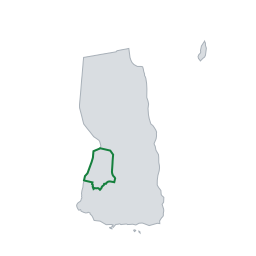 location of Khab wa Ash Sha'f, Al Jawf, Yemen, rotated 283°
{"feature_id": "15242507B11673803403546", "entity_name": "Khab wa Ash Sha'f", "entity_type": "district", "adm_level": 2, "iso_a3": "YEM", "parent_name": "Yemen", "parent_adm1": "Al Jawf", "projection": "mercator", "projection_center": [45.303, 16.593], "detail": "fine", "context": "in_parent", "style": "outline", "palette": "green", "viewbox_px": 256, "rotation_deg": 283, "n_neighbors": 0, "source": "geoboundaries", "source_scale": "gbopen_adm2", "svg_char_len": 5254}
<svg xmlns="http://www.w3.org/2000/svg" viewBox="0 0 256 256"><g transform="rotate(283 128 128)"><path d="M205.7,110.9L197.1,114.1L194.8,115.5L192.7,117.2L191.2,119.4L190.1,123.2L190.9,126.7L190.9,128.5L188.6,129.8L186.6,130.6L184.3,132.0L182.9,132.3L181.7,133.4L180.4,134.2L175.6,136.1L170.4,137.6L162.0,139.4L158.8,141.4L155.9,142.7L151.5,143.1L145.4,145.0L142.0,146.5L137.8,148.9L136.8,149.7L136.1,151.5L134.8,153.0L132.3,155.5L130.4,156.8L129.1,156.9L126.6,157.6L123.7,157.8L118.8,156.9L117.5,157.5L116.5,158.5L112.7,160.2L108.9,163.7L106.1,164.6L101.5,165.7L98.3,167.1L96.2,167.7L93.4,168.0L88.3,167.8L83.5,168.3L79.0,169.3L76.9,171.2L74.5,174.1L70.6,175.3L69.7,176.3L68.5,178.5L66.0,179.0L63.7,179.4L61.3,178.4L56.9,181.0L55.2,181.5L52.7,181.6L50.9,182.1L49.6,181.9L48.0,180.9L44.6,179.7L42.0,180.5L41.8,178.1L37.7,170.6L38.6,164.0L38.6,163.1L37.7,160.2L35.3,157.5L35.3,154.1L34.5,151.7L33.8,149.2L34.1,148.6L34.1,148.0L32.8,144.1L32.4,143.3L32.3,142.5L32.7,141.9L32.7,141.2L32.0,140.0L31.3,137.8L27.9,136.0L28.6,134.3L29.2,134.9L30.1,135.4L30.3,134.3L30.3,133.5L28.9,128.5L31.0,121.8L30.3,115.8L33.5,113.4L34.3,112.6L34.8,112.0L35.5,110.6L36.6,110.2L36.9,108.7L36.9,108.0L36.2,107.4L35.7,105.7L35.9,103.5L36.1,102.6L36.4,101.0L37.5,100.4L37.8,99.9L36.9,98.8L37.0,98.2L38.9,96.5L39.6,96.0L40.9,95.4L41.8,95.4L42.9,95.7L43.9,96.2L44.9,97.1L45.9,98.1L47.4,98.5L48.5,98.4L49.4,98.8L50.1,98.6L50.9,98.1L52.2,98.1L53.4,97.5L56.8,97.2L60.1,97.4L63.5,96.9L66.9,97.0L70.4,97.0L71.1,97.1L71.9,97.4L74.8,98.9L77.0,99.3L81.4,99.7L86.1,100.1L90.2,100.5L93.6,100.1L96.5,99.8L97.3,99.9L98.1,100.9L99.9,103.2L101.5,105.5L104.4,105.6L106.2,104.7L108.2,103.6L109.4,102.6L110.9,99.0L111.8,96.6L113.9,94.0L115.7,91.8L118.0,88.8L119.3,87.2L121.9,84.0L124.3,82.7L129.1,80.3L133.7,77.9L136.7,76.3L139.3,75.6L143.6,75.0L148.7,74.3L153.7,73.6L159.1,72.8L165.1,71.9L169.2,71.4L174.5,70.6L178.9,70.0L182.8,69.4L186.8,68.9L187.5,70.7L188.3,72.5L189.0,74.3L189.8,76.1L190.5,77.9L191.3,79.6L192.0,81.4L192.8,83.2L193.6,85.0L194.3,86.8L195.1,88.6L195.8,90.4L196.6,92.2L197.3,94.0L198.1,95.8L198.8,97.5L199.6,99.3L200.8,99.9L201.5,101.5L202.6,103.9L203.6,106.2L204.6,108.6L205.7,110.9ZM217.2,181.6L218.3,181.8L219.8,181.2L224.4,181.1L229.9,183.1L228.9,183.6L228.3,184.3L225.9,184.9L223.4,186.4L216.4,187.1L214.4,186.7L212.7,185.3L209.6,183.4L210.8,182.2L211.1,181.7L211.5,181.1L213.3,180.2L215.1,180.4L217.2,181.6ZM30.1,158.2L29.9,158.6L29.6,158.5L28.5,157.6L29.7,156.5L30.3,157.5L30.1,158.2ZM26.8,134.7L26.2,135.1L26.1,134.5L26.4,132.9L27.0,132.5L27.3,133.6L27.1,134.2L26.8,134.7ZM29.6,162.9L28.4,163.4L29.2,162.0L30.0,161.8L29.6,162.9Z" fill="#d9dde1" stroke="#a8b0b8" stroke-width="1"/><path d="M102.0,105.5L101.9,105.5L101.7,105.2L101.4,104.8L101.2,104.5L100.9,104.0L100.6,103.7L100.3,103.3L100.1,102.9L99.8,102.6L99.5,102.2L99.3,101.8L99.0,101.4L98.7,101.1L98.5,100.7L98.2,100.3L97.9,100.0L97.7,99.6L97.2,99.6L96.8,99.7L96.4,99.7L96.0,99.8L95.6,99.9L95.2,99.9L94.8,100.0L94.4,100.0L94.0,100.1L93.6,100.1L93.2,100.2L92.8,100.3L92.3,100.3L91.9,100.4L91.5,100.4L91.1,100.5L90.7,100.4L90.2,100.4L89.8,100.4L89.3,100.4L88.9,100.3L88.4,100.3L87.9,100.3L87.5,100.2L87.0,100.2L86.6,100.2L86.1,100.1L85.7,100.1L85.2,100.0L84.7,99.9L84.3,99.9L83.8,99.8L83.4,99.8L82.9,99.7L82.4,99.7L82.0,99.6L81.5,99.5L81.1,99.5L80.6,99.4L80.2,99.4L79.7,99.3L79.2,99.3L78.8,99.2L78.3,99.1L77.8,99.1L77.4,99.0L76.9,99.0L76.5,98.9L76.0,98.9L75.6,98.8L75.1,98.7L74.6,98.7L74.3,98.5L73.9,98.2L73.5,98.0L73.1,97.8L72.7,97.6L72.3,97.4L71.9,97.1L71.5,96.9L71.1,96.9L70.6,96.9L70.2,96.9L69.8,96.9L69.3,96.9L68.9,96.9L68.4,96.9L68.0,96.9L67.6,96.9L67.3,96.9L67.1,96.9L67.0,97.9L67.0,100.5L67.0,102.4L67.0,103.7L67.0,105.6L65.9,105.5L65.6,105.7L65.3,105.7L65.3,105.8L65.2,106.0L65.0,106.3L64.9,106.3L64.7,106.3L64.4,106.5L64.1,106.6L63.9,106.7L63.7,106.7L63.4,106.8L63.2,106.9L63.0,107.0L62.9,107.1L62.7,107.2L62.5,107.3L62.4,107.3L62.2,107.3L62.2,107.2L62.0,107.3L61.9,107.3L61.7,107.5L61.5,107.8L61.4,107.9L61.3,108.0L61.2,108.0L60.8,108.2L60.9,108.3L61.1,108.3L61.3,108.4L61.6,108.5L61.8,108.6L62.0,109.1L62.0,109.4L62.0,110.3L62.1,110.7L62.1,110.8L62.2,111.0L62.4,111.4L62.4,111.5L62.5,111.8L62.6,112.2L62.6,112.5L62.6,112.9L62.5,113.0L62.4,113.1L61.7,114.3L61.5,114.6L61.8,114.8L62.0,114.8L62.3,114.9L62.5,115.0L62.8,115.3L63.0,115.5L63.3,115.6L63.5,115.6L63.8,115.6L64.0,115.6L64.3,115.7L64.5,115.7L64.6,115.8L64.8,115.8L65.0,115.9L65.2,116.0L65.3,116.0L65.5,116.1L65.8,116.3L66.0,116.5L66.3,116.8L66.5,117.0L66.8,117.2L67.0,117.3L67.3,117.3L67.5,117.3L67.8,117.3L68.2,117.3L68.5,118.2L68.6,118.3L68.6,119.0L69.1,119.2L69.4,119.3L70.0,119.5L70.3,119.9L70.4,120.0L70.6,120.1L71.0,120.5L71.3,120.8L71.5,121.4L71.7,121.7L71.7,121.9L71.9,122.6L72.1,126.8L72.7,126.8L75.0,126.8L75.6,126.8L75.8,126.8L76.0,126.8L76.1,126.7L76.3,126.6L76.6,126.3L76.8,126.1L77.2,125.7L77.5,125.2L77.9,124.5L78.5,124.0L78.6,123.8L78.9,123.6L79.3,123.3L79.7,123.1L79.9,123.0L80.0,122.9L80.3,122.8L80.4,122.7L80.7,122.6L80.9,122.5L81.2,122.4L81.5,122.3L81.8,122.2L82.3,122.1L82.6,122.1L84.1,121.8L84.9,121.7L89.8,120.9L92.5,120.4L98.7,119.5L99.2,118.9L102.0,115.8L102.0,112.5L102.0,110.4L102.0,109.3L102.0,108.3L102.0,107.7L102.0,106.8L102.0,106.0L102.0,105.6L102.0,105.5Z" fill="none" stroke="#15803d" stroke-width="2"/></g></svg>